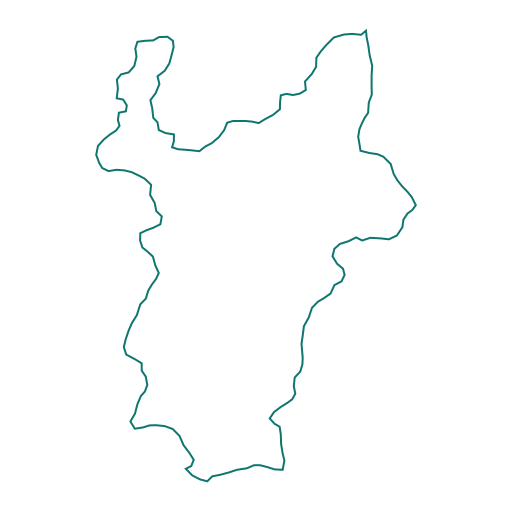 outline of Itabirinha, Minas Gerais, Brazil
{"feature_id": "56859067B37396516531854", "entity_name": "Itabirinha", "entity_type": "district", "adm_level": 2, "iso_a3": "BRA", "parent_name": "Brazil", "parent_adm1": "Minas Gerais", "projection": "orthographic", "projection_center": [-41.25, -18.552], "detail": "fine", "context": "isolated", "style": "outline", "palette": "teal", "viewbox_px": 512, "rotation_deg": 0, "n_neighbors": 0, "source": "geoboundaries", "source_scale": "gbopen_adm2", "svg_char_len": 2646}
<svg xmlns="http://www.w3.org/2000/svg" viewBox="0 0 512 512"><path d="M116.7,98.3L123.2,99.6L126.8,105.4L125.9,111.3L118.9,112.7L117.9,120.0L119.5,125.9L116.0,130.6L110.1,134.4L103.9,139.4L98.0,145.9L96.2,154.8L99.3,163.2L102.3,168.1L108.6,171.1L116.3,169.8L124.4,170.4L131.5,172.1L138.3,175.3L144.6,178.6L151.1,184.8L150.1,194.9L154.7,203.0L156.3,211.1L161.8,216.4L160.4,224.2L153.2,227.8L146.8,230.1L140.3,233.2L140.1,240.5L142.4,247.5L147.3,251.4L152.9,256.6L155.3,265.3L158.8,273.0L155.9,279.2L152.2,284.1L148.3,290.5L145.8,298.7L140.3,304.3L136.9,315.0L131.8,323.3L128.7,330.4L125.7,339.3L123.8,347.1L126.3,354.6L134.4,358.9L141.7,363.3L141.7,370.6L145.8,376.7L147.3,385.0L144.9,391.5L140.9,396.0L137.4,404.2L135.0,413.6L130.4,421.5L134.8,428.7L142.7,427.5L149.6,425.4L156.0,425.2L164.7,426.1L172.7,429.0L179.5,435.9L183.6,445.3L189.4,452.9L193.7,459.8L191.3,466.0L185.8,468.8L192.3,475.4L200.0,479.4L207.3,481.3L212.3,476.3L220.1,474.8L228.8,472.5L236.9,469.8L246.8,468.3L254.1,465.2L260.0,465.2L267.7,467.2L274.6,469.4L282.6,469.8L284.4,460.7L282.6,453.2L281.1,444.0L280.8,434.3L279.6,426.7L274.6,423.8L269.7,418.5L274.0,412.1L281.0,406.8L286.9,403.2L292.2,399.3L295.3,393.7L293.8,386.2L294.7,377.5L300.3,371.5L302.4,364.3L302.7,357.9L302.1,350.7L301.5,343.9L302.7,335.7L303.9,326.2L308.7,317.6L312.0,307.8L317.9,301.7L323.1,298.7L330.6,293.5L334.4,285.1L341.5,281.4L344.6,274.9L343.0,268.7L337.1,263.8L332.5,256.3L334.4,248.8L339.9,243.9L348.6,241.2L356.1,237.4L362.2,240.5L370.3,237.8L380.8,238.4L388.9,239.3L396.9,235.5L402.4,227.2L403.4,219.7L407.5,213.5L412.4,209.9L415.8,205.1L411.8,197.2L407.4,191.7L402.2,186.4L397.5,180.5L393.7,174.0L390.7,164.0L383.3,156.7L377.5,154.2L369.4,153.0L360.5,150.8L359.5,144.3L358.2,136.8L359.4,129.3L361.9,123.4L364.7,117.8L368.1,112.9L368.8,102.5L371.8,94.6L371.6,86.5L371.6,75.4L372.2,65.8L369.7,55.4L368.2,45.0L366.6,37.1L366.0,30.7L361.1,34.8L352.4,33.9L344.0,34.5L333.8,37.5L326.0,45.3L320.8,51.4L316.4,57.7L316.1,66.8L311.8,74.0L305.0,81.5L305.8,90.0L299.6,93.7L293.1,95.0L286.4,93.9L280.8,95.3L280.1,101.8L279.9,109.3L273.0,114.9L264.6,119.4L258.7,123.1L252.6,121.7L245.8,121.0L239.3,121.0L233.0,121.0L227.2,122.7L224.1,130.2L218.9,137.1L211.7,143.2L205.3,146.5L199.4,151.2L190.4,150.2L177.9,149.2L172.1,147.3L173.9,141.0L173.9,134.4L165.6,133.1L158.8,130.0L157.5,122.3L153.3,117.9L152.2,108.1L150.4,100.2L155.7,93.1L159.4,84.1L157.5,76.3L164.7,70.8L169.3,63.5L171.5,55.5L173.6,47.2L172.9,40.8L167.5,36.8L159.0,37.1L153.2,40.4L145.1,40.8L137.4,41.8L135.3,48.5L136.5,56.7L134.3,66.0L128.7,72.4L121.0,74.4L116.9,79.6L117.9,88.7L116.7,98.3Z" fill="none" stroke="#0f766e" stroke-width="2"/></svg>